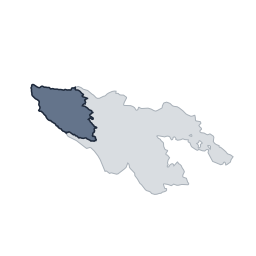 Kyrgyzstan, with Ysyk-Köl highlighted, rotated 215°
{"feature_id": "KGZ-1117", "entity_name": "Ysyk-Köl", "entity_type": "Region", "adm_level": 1, "iso_a3": "KGZ", "parent_name": "Kyrgyzstan", "parent_adm1": "", "projection": "albers", "projection_center": [77.293, 42.048], "detail": "fine", "context": "in_parent", "style": "filled", "palette": "slate", "viewbox_px": 256, "rotation_deg": 215, "n_neighbors": 0, "source": "natural_earth", "source_scale": "10m", "svg_char_len": 8213}
<svg xmlns="http://www.w3.org/2000/svg" viewBox="0 0 256 256"><g transform="rotate(215 128 128)"><path d="M58.1,149.8L58.8,149.4L60.7,149.2L64.7,149.1L66.0,149.5L68.6,151.3L70.7,151.2L71.1,151.5L71.8,152.9L74.8,151.1L76.9,150.6L78.1,148.6L80.4,146.4L82.4,146.1L82.4,146.5L82.7,146.9L84.6,147.5L85.3,146.9L85.6,146.1L85.0,144.6L85.0,144.0L85.7,143.2L88.7,144.7L89.4,144.7L90.9,144.1L92.2,142.8L92.8,141.8L99.2,138.8L99.7,138.2L99.7,137.8L97.0,136.9L95.8,137.3L94.7,137.2L94.1,136.7L90.9,136.3L90.2,135.9L88.2,133.4L85.7,131.8L84.4,131.8L82.8,132.3L82.4,132.0L82.4,129.7L82.1,128.3L81.3,128.0L80.1,128.4L76.9,127.5L76.7,124.6L75.6,122.0L74.0,120.9L74.1,119.4L73.5,118.7L73.0,118.9L72.3,119.6L72.5,121.3L72.1,122.9L71.7,123.7L70.9,124.3L70.1,124.3L68.7,123.3L68.1,128.4L67.8,128.6L66.1,127.8L64.7,128.0L62.6,127.6L61.1,126.6L58.1,125.4L56.7,124.4L56.1,120.9L55.4,119.7L54.6,119.4L51.3,120.3L48.1,117.9L46.5,117.4L46.1,116.7L46.3,115.9L51.6,112.6L53.8,110.1L55.1,109.1L58.4,108.2L59.3,105.9L59.5,105.6L62.8,104.7L66.6,102.9L66.7,102.3L66.3,101.8L63.3,99.6L61.6,100.4L60.7,99.2L60.8,98.1L62.0,96.2L63.0,95.3L63.5,93.5L64.9,92.3L66.3,90.4L68.1,88.9L71.1,87.9L72.8,88.4L74.3,88.2L76.8,87.4L78.3,87.4L84.4,89.3L86.5,89.5L91.2,91.7L95.0,92.9L96.7,94.9L102.8,96.1L104.4,96.7L105.0,97.6L106.6,98.9L108.1,99.2L107.0,94.6L107.6,91.9L109.9,84.7L110.9,83.6L116.0,81.7L117.1,80.2L120.7,80.4L121.4,80.1L121.9,79.3L132.6,86.1L136.7,88.0L142.4,89.8L147.2,90.5L148.1,90.1L150.1,87.6L151.0,87.5L163.0,88.1L171.7,86.8L172.9,86.9L176.2,88.3L186.4,88.7L190.4,89.6L196.7,89.2L199.4,89.4L204.3,91.1L206.0,91.5L209.1,91.7L210.3,91.4L211.0,91.8L211.8,94.0L214.8,96.9L216.0,98.4L217.1,99.0L222.8,99.4L225.0,99.9L230.4,105.2L231.2,108.4L230.7,109.1L225.1,109.7L223.8,110.2L222.5,112.7L215.1,115.8L213.9,115.7L203.9,121.4L197.0,126.2L196.7,128.4L192.6,133.5L189.5,134.2L186.9,134.1L182.6,135.6L177.0,135.1L175.1,135.2L171.5,134.5L170.0,134.8L168.5,135.9L166.3,139.9L165.4,140.8L165.0,141.8L164.7,143.7L163.8,145.8L161.9,148.9L160.4,150.4L158.9,151.3L157.8,149.4L155.9,150.7L154.1,150.4L153.0,150.8L150.5,152.4L146.8,152.3L146.4,151.7L145.8,147.1L145.2,144.9L144.7,144.4L144.1,144.3L138.7,147.8L136.3,148.4L134.3,148.4L131.7,147.3L131.1,147.5L130.7,148.1L130.5,148.9L131.2,150.9L130.9,151.3L129.8,151.3L128.1,151.7L122.9,155.8L119.7,156.8L116.7,157.1L114.9,157.8L113.9,159.4L111.7,163.7L111.8,164.6L112.5,165.8L113.0,168.5L112.9,169.2L111.2,171.3L109.1,171.9L107.5,172.2L104.4,171.7L102.8,172.1L99.9,173.6L97.5,173.8L93.0,173.6L88.6,172.8L87.1,172.9L83.1,173.7L81.7,175.2L80.9,176.5L80.5,176.7L79.0,175.3L77.1,173.0L76.2,172.9L72.5,174.6L72.0,174.5L71.0,173.7L71.4,170.8L70.3,170.2L67.9,169.9L67.1,169.2L67.5,167.4L67.3,166.6L66.7,166.1L65.4,166.1L62.8,167.5L59.8,167.8L58.8,168.2L57.5,170.2L53.6,170.3L52.4,169.7L50.3,165.8L48.3,165.1L46.2,165.1L43.3,165.8L42.7,165.0L42.0,164.7L41.3,165.3L37.9,165.1L34.4,164.7L32.5,164.1L31.2,164.0L28.5,164.8L25.4,164.7L25.4,161.2L24.6,158.8L25.9,155.0L26.6,153.8L28.8,155.5L29.6,155.3L29.9,154.6L29.7,152.8L31.0,151.1L39.5,149.2L48.3,153.7L49.3,156.2L50.1,156.2L51.4,155.2L51.9,153.2L53.8,152.1L57.8,151.0L58.1,149.8ZM62.2,158.6L62.4,158.3L61.8,156.5L62.9,154.8L61.0,154.4L60.1,153.9L59.2,152.1L58.9,152.0L58.3,152.4L57.9,153.5L58.1,154.7L59.3,156.0L58.5,158.3L61.2,158.8L62.2,158.6ZM52.5,159.6L52.5,159.1L51.9,158.8L48.5,157.8L48.6,158.3L49.8,160.2L50.8,160.4L52.5,159.6ZM73.1,158.0L73.4,156.9L71.3,157.4L71.0,157.9L71.6,158.7L72.5,159.0L73.1,158.0Z" fill="#d9dde1" stroke="#a8b0b8" stroke-width="1"/><path d="M230.4,105.2L230.5,105.6L230.6,106.4L230.7,106.8L230.9,107.2L231.2,107.5L231.4,107.8L231.4,108.3L230.9,109.1L230.0,109.4L225.5,109.5L224.5,109.8L223.9,110.1L223.6,110.3L223.3,110.7L223.2,111.1L223.0,112.1L222.8,112.5L222.2,113.1L221.4,113.3L220.5,113.3L219.7,113.5L218.7,114.3L217.5,114.8L216.1,115.8L215.7,116.0L215.3,116.0L214.1,115.6L213.7,115.7L213.4,116.0L212.6,116.8L212.2,117.1L211.8,117.3L210.9,117.5L210.2,117.8L208.2,119.3L207.1,119.6L206.7,119.8L205.1,121.0L202.6,122.0L202.4,122.1L202.1,122.4L202.0,122.6L201.8,123.2L201.7,123.5L201.0,123.8L199.7,124.1L198.0,125.5L197.2,125.8L196.9,126.0L196.6,126.4L196.5,126.9L196.9,127.8L196.9,128.3L196.8,128.7L196.4,129.0L195.7,129.4L195.4,129.7L194.9,130.4L194.6,131.1L194.2,130.8L194.0,130.6L193.9,130.4L193.7,130.0L193.6,129.6L193.3,129.3L193.2,129.3L193.0,129.2L192.8,129.2L192.7,129.2L192.5,129.3L192.1,129.5L191.8,129.8L191.0,130.2L190.5,130.4L189.6,130.5L188.3,130.5L185.9,129.9L184.1,129.9L183.9,129.9L183.7,129.8L183.7,129.7L183.6,129.4L183.6,129.2L183.7,128.9L183.9,128.3L184.0,128.2L183.9,127.9L183.7,127.8L183.4,127.7L182.8,127.7L182.6,127.7L182.0,128.0L178.9,128.9L178.3,129.0L178.3,128.9L178.2,128.8L178.3,128.7L178.6,128.4L178.7,128.2L178.8,128.1L179.0,127.3L179.0,127.0L179.1,126.9L179.1,126.7L179.4,126.3L179.5,126.2L179.3,125.8L179.2,125.8L178.6,125.4L177.7,124.9L177.4,124.7L177.4,124.4L177.3,123.9L177.2,123.6L177.1,123.4L177.0,123.1L177.3,123.1L177.6,123.1L178.0,122.1L178.2,121.5L178.3,120.5L178.1,120.0L177.7,120.2L177.3,120.4L176.7,120.5L176.3,120.8L176.2,120.9L175.9,121.0L175.7,121.0L172.4,121.1L171.4,120.8L170.1,120.7L169.9,120.7L169.6,120.8L169.0,121.0L168.7,121.1L168.2,121.2L167.3,121.1L167.2,121.0L167.1,120.9L166.9,120.7L166.7,120.5L166.5,120.4L166.4,120.4L166.0,120.5L165.7,120.6L165.6,120.4L165.7,120.2L166.0,119.8L166.2,119.4L166.3,119.1L166.3,118.5L166.4,118.4L166.4,118.2L166.5,118.1L166.8,117.6L166.9,117.1L166.9,116.9L166.9,116.7L166.4,116.3L165.9,116.1L165.6,116.0L165.4,115.9L165.0,116.1L164.6,116.2L162.2,116.1L162.0,115.8L162.0,115.7L161.7,115.3L162.0,114.8L162.2,114.7L162.4,114.5L162.6,114.5L163.0,114.5L164.1,114.5L164.7,114.5L164.9,114.4L165.0,113.8L165.0,113.7L165.2,113.1L165.5,112.3L165.5,112.2L165.4,112.2L164.9,112.4L164.7,112.5L164.3,112.4L163.7,112.2L162.2,111.3L160.6,111.2L159.9,111.0L159.5,110.7L158.8,110.5L158.7,110.5L158.1,110.6L157.9,110.6L157.6,110.5L157.4,110.4L156.9,110.1L156.7,109.9L156.4,109.9L155.9,110.1L154.5,110.5L154.4,110.5L154.2,110.5L153.9,110.4L153.8,110.1L153.9,109.9L154.0,109.7L154.4,109.4L154.8,109.1L155.0,108.9L155.1,108.7L155.2,108.4L155.2,108.2L155.2,107.9L155.0,107.6L154.9,107.4L154.7,107.3L154.1,106.8L153.9,106.7L153.9,106.2L153.8,105.9L153.7,105.9L153.4,105.8L153.3,105.7L153.3,105.4L153.4,104.8L153.4,104.6L153.8,103.8L153.8,103.7L153.7,103.2L153.4,102.8L153.1,102.5L153.0,102.4L153.0,102.2L152.9,101.7L152.8,101.4L152.7,101.2L152.1,101.0L151.8,101.0L151.7,101.1L151.6,101.4L151.6,101.5L151.3,101.7L151.2,101.8L149.7,101.9L149.4,101.8L149.4,101.7L149.1,101.1L148.9,100.9L148.3,100.7L148.2,100.6L147.5,100.4L147.4,100.3L147.4,100.2L147.1,99.4L147.1,99.2L147.8,98.8L148.0,98.7L148.1,98.3L148.1,98.2L148.1,97.9L148.2,97.7L148.3,97.7L148.6,97.6L148.8,97.6L149.0,97.5L149.4,97.1L149.7,97.0L150.1,96.8L150.3,96.7L150.6,96.2L150.8,96.1L151.0,96.0L152.4,96.2L152.7,96.1L155.3,95.6L155.7,95.6L156.0,95.8L156.3,95.8L156.6,95.8L156.8,95.7L157.2,95.4L157.4,95.3L158.4,94.1L158.7,93.8L159.2,93.6L160.4,93.0L161.8,92.7L162.0,92.6L162.3,91.8L162.4,91.7L162.6,91.7L163.9,91.9L164.4,91.9L164.9,92.1L165.1,92.1L165.4,92.1L166.3,91.6L166.5,91.5L167.5,91.9L168.1,92.0L168.3,91.9L168.5,91.8L168.5,91.6L168.6,91.3L168.7,91.2L168.8,91.1L169.0,91.1L173.3,91.2L173.7,91.1L174.2,90.9L174.3,90.8L174.4,90.7L174.5,90.2L175.0,89.5L175.1,89.4L175.3,89.4L175.6,89.4L175.7,89.5L175.8,89.4L175.9,89.2L175.7,88.4L176.0,88.4L177.8,88.7L178.4,88.5L179.2,88.2L179.5,88.1L180.2,88.3L181.0,88.3L181.3,88.5L181.6,88.7L182.0,88.9L182.3,88.9L183.2,88.5L183.6,88.4L184.8,88.4L186.0,88.7L186.1,88.9L186.2,89.0L186.3,89.2L186.5,89.3L187.0,89.1L187.3,88.9L187.9,88.8L188.3,88.8L188.7,89.0L189.7,89.6L190.5,89.7L192.4,89.5L193.3,89.6L194.1,89.4L194.5,89.5L195.2,89.7L195.6,89.8L195.9,89.6L196.5,89.2L196.9,89.1L197.7,89.0L198.9,89.1L200.7,89.7L201.4,90.1L202.1,90.6L202.4,90.8L204.6,91.0L206.0,91.6L207.2,91.6L207.9,91.9L208.6,91.9L210.0,91.1L210.7,91.0L211.2,91.1L211.3,91.3L211.2,92.3L211.3,92.9L211.4,93.4L211.6,93.8L211.8,94.3L212.5,94.9L214.0,95.6L214.6,96.2L215.4,98.1L215.9,98.8L216.9,99.1L218.6,99.2L220.1,98.9L220.9,98.9L224.9,99.6L225.7,100.1L226.0,100.4L226.7,101.4L227.9,102.5L228.5,103.2L229.0,104.1L229.6,104.8L230.4,105.2Z" fill="#64748b" stroke="#1e293b" stroke-width="1.5"/></g></svg>